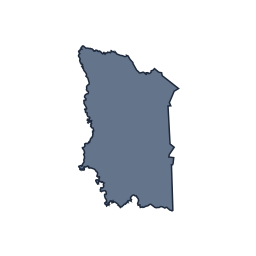 Municipality A, Montevideo, Uruguay, rotated 53°
{"feature_id": "84410073B77317438071438", "entity_name": "Municipality A", "entity_type": "district", "adm_level": 2, "iso_a3": "URY", "parent_name": "Uruguay", "parent_adm1": "Montevideo", "projection": "albers", "projection_center": [-56.335, -34.842], "detail": "fine", "context": "isolated", "style": "filled", "palette": "slate", "viewbox_px": 256, "rotation_deg": 53, "n_neighbors": 0, "source": "geoboundaries", "source_scale": "gbopen_adm2", "svg_char_len": 5853}
<svg xmlns="http://www.w3.org/2000/svg" viewBox="0 0 256 256"><g transform="rotate(53 128 128)"><path d="M104.1,67.9L102.1,69.8L96.5,71.1L96.9,73.6L96.4,74.6L96.3,75.2L97.4,76.1L97.4,78.1L97.1,78.6L96.3,78.6L95.5,79.2L94.9,80.2L96.0,80.5L96.1,80.8L95.8,81.0L95.9,81.3L93.1,81.9L92.4,82.4L92.2,83.6L91.8,83.9L91.3,85.3L90.7,85.8L89.8,85.7L87.0,86.3L79.8,85.3L78.6,84.7L74.4,85.1L70.5,84.6L69.2,85.4L69.7,85.6L69.2,87.5L66.5,89.2L65.4,90.4L62.3,92.3L59.8,92.4L60.2,92.7L58.6,93.6L58.0,93.7L57.4,94.8L56.3,94.8L56.1,94.9L56.3,95.2L57.0,95.7L57.2,96.9L56.3,97.3L56.1,98.0L55.2,98.5L55.4,99.6L55.0,100.2L55.0,100.8L54.7,100.9L54.9,101.3L54.6,101.2L54.0,101.6L54.2,102.0L52.6,101.6L53.6,102.4L53.5,102.6L53.6,102.8L53.6,103.2L53.3,103.3L53.4,103.6L52.3,103.9L50.9,103.9L50.8,104.1L49.7,104.2L49.3,104.6L49.4,105.2L49.2,105.5L48.8,105.5L48.6,105.9L48.2,105.7L47.7,105.8L47.1,106.3L47.6,106.5L46.9,106.5L46.5,106.7L46.8,107.5L46.4,107.8L46.5,108.2L46.1,108.4L46.1,108.8L45.7,109.1L44.3,108.8L43.1,109.2L42.5,109.9L41.6,110.3L41.4,110.9L39.9,112.2L38.9,113.6L35.9,114.2L35.3,114.6L35.2,114.9L35.6,115.0L35.4,116.5L35.8,117.3L37.1,117.5L36.5,118.1L36.4,118.5L36.9,118.9L36.8,119.5L37.3,119.9L37.3,120.4L36.9,120.7L37.1,121.3L38.8,121.8L39.7,121.8L39.7,122.7L40.6,124.2L43.5,124.5L44.3,124.8L44.5,125.5L44.9,125.6L45.0,125.9L45.5,126.2L47.4,126.7L48.6,126.2L49.3,126.4L49.2,126.6L50.1,126.2L50.8,127.0L51.6,127.1L51.3,127.5L51.7,127.5L51.6,127.8L52.2,127.6L52.5,127.9L53.1,127.8L53.2,128.1L54.0,128.0L54.9,128.5L56.5,128.6L57.3,128.4L58.0,128.6L59.7,128.6L60.9,129.3L61.3,130.4L63.8,130.0L68.4,131.7L69.6,132.8L69.5,134.6L69.8,135.7L70.3,136.5L71.3,136.9L72.4,138.2L73.0,138.1L73.7,138.4L74.9,137.8L76.1,138.5L76.5,139.2L75.9,140.5L76.0,140.9L75.8,141.5L75.9,142.3L76.2,142.5L76.4,143.5L77.4,144.2L79.3,144.0L80.3,144.8L80.2,145.6L79.4,146.2L79.5,146.7L80.6,147.5L81.3,147.7L82.0,148.4L85.2,148.7L87.5,149.2L87.9,149.8L87.8,150.2L87.3,150.5L86.9,151.0L87.2,151.5L88.4,151.3L88.9,151.7L89.3,152.2L89.9,152.4L90.5,152.3L90.8,151.7L91.6,151.5L92.4,152.6L94.3,153.1L95.4,152.9L96.2,152.2L96.8,152.3L97.8,153.7L97.4,153.8L96.8,154.5L96.7,155.0L96.9,155.0L96.8,155.3L97.3,155.8L97.8,155.1L98.3,155.0L99.5,157.0L99.8,156.8L99.4,156.6L98.4,155.0L99.0,154.7L99.2,155.3L99.4,155.3L99.2,154.4L99.5,154.3L99.7,155.2L100.0,155.2L99.6,153.7L100.2,152.6L100.4,152.7L100.8,153.6L101.3,154.0L101.0,154.2L101.7,154.5L102.5,154.4L103.0,155.9L103.8,155.9L104.5,156.4L104.1,156.5L104.2,156.8L105.2,156.7L105.8,156.9L107.0,156.0L109.4,156.9L109.6,157.2L109.2,158.2L109.7,158.5L110.0,158.1L110.2,158.9L111.7,159.4L111.8,159.9L113.3,161.2L113.6,161.9L113.6,162.3L113.8,162.5L113.6,162.8L114.0,163.2L113.9,163.4L114.3,164.8L115.3,165.8L115.4,166.8L116.2,167.1L116.2,168.1L115.7,168.1L116.2,169.6L115.1,170.6L114.8,171.1L114.7,172.2L115.9,172.8L116.8,173.9L116.8,175.1L116.2,176.2L117.0,176.6L119.2,176.5L121.3,177.4L122.2,178.2L122.1,178.6L122.3,179.3L124.6,179.9L126.2,181.2L126.4,182.0L127.5,182.9L128.6,183.4L129.9,186.9L130.4,187.0L130.7,187.6L130.6,187.9L130.1,187.9L129.6,188.3L129.0,190.3L129.2,190.6L131.3,190.6L132.2,191.4L133.0,191.0L132.7,190.9L132.9,189.8L133.3,189.1L133.4,189.4L134.2,189.5L134.5,189.4L135.1,188.2L134.6,187.5L132.7,186.8L132.8,186.1L133.8,185.2L133.6,184.7L134.2,183.7L134.2,183.0L135.4,182.8L135.6,183.0L135.7,182.9L136.0,183.4L137.0,182.7L137.2,182.1L137.8,181.4L140.6,179.6L142.4,179.3L143.5,179.6L144.7,179.1L145.8,179.4L146.5,180.3L147.4,180.9L147.4,181.5L147.7,181.9L149.1,181.5L149.2,180.8L149.6,180.2L150.2,180.3L150.4,180.9L150.9,181.2L150.9,181.7L151.7,182.1L152.1,182.6L152.0,183.1L151.0,183.6L151.0,183.9L150.5,184.2L150.3,185.1L150.7,185.5L152.8,185.9L153.9,185.8L154.5,186.0L154.7,185.7L154.1,185.2L154.4,185.0L154.1,184.9L153.3,183.9L153.6,183.3L153.3,182.6L155.0,182.0L155.4,181.8L155.2,181.0L155.6,180.7L156.4,180.8L157.0,180.5L156.9,180.7L157.9,180.9L158.2,181.6L158.6,182.0L159.4,182.0L160.3,182.9L160.6,184.2L159.5,185.5L158.9,185.1L159.8,185.9L160.4,187.1L161.1,187.3L161.6,188.0L162.9,187.5L162.9,186.4L164.1,184.3L164.6,183.9L165.8,184.0L167.2,184.6L167.7,185.2L167.8,185.6L167.2,185.8L167.0,186.2L167.1,186.8L168.2,187.6L170.3,188.4L172.1,188.4L173.1,188.8L173.8,189.5L174.2,189.5L174.4,190.3L173.8,190.6L173.9,191.8L175.3,192.1L176.4,191.6L177.4,192.0L177.4,191.8L176.5,191.5L176.5,191.3L176.9,191.4L177.1,190.9L177.9,190.7L177.3,190.8L177.2,190.3L177.5,190.1L176.9,190.1L176.8,189.5L177.2,189.5L177.4,189.1L176.4,189.4L176.2,188.9L176.9,188.9L176.4,188.8L176.7,188.4L176.0,187.3L176.0,186.2L175.6,186.0L175.9,185.4L177.4,185.3L177.2,185.0L177.7,185.5L177.7,185.3L178.0,185.2L177.8,185.0L178.3,185.1L178.4,184.8L178.2,184.8L178.3,184.5L178.1,184.5L178.4,184.3L178.0,183.9L178.6,184.0L179.0,183.2L179.8,182.7L182.8,181.9L183.4,182.1L184.6,181.8L184.4,182.2L186.3,181.6L186.6,182.0L186.8,182.0L186.7,181.6L187.2,180.2L186.9,179.3L187.0,178.0L186.6,177.3L186.8,176.2L187.3,175.8L187.1,175.2L186.8,174.9L186.7,173.8L186.9,173.8L186.6,173.2L186.7,172.9L187.1,172.7L186.6,172.6L186.3,172.1L186.5,172.1L186.6,170.6L187.0,170.4L186.8,170.3L187.2,169.5L187.7,169.4L187.4,169.3L187.6,168.9L187.3,168.3L185.8,168.4L185.2,168.0L185.1,167.4L184.8,167.2L184.5,164.9L184.8,164.0L185.2,163.5L186.5,163.2L187.3,162.2L188.0,162.3L188.2,162.5L190.6,162.4L192.3,163.1L192.4,163.5L193.0,164.0L194.0,165.7L195.8,166.4L196.5,164.8L198.1,165.8L198.4,165.6L198.9,165.9L199.8,163.9L200.4,163.9L201.1,162.2L201.0,161.4L202.1,158.9L202.1,156.5L202.8,155.6L207.6,154.3L208.8,153.3L209.3,152.2L210.2,151.1L210.5,149.0L211.8,147.9L214.2,146.7L214.2,145.7L214.7,144.8L218.9,143.9L219.8,143.1L220.7,142.7L220.8,141.8L219.6,140.9L183.5,115.4L184.2,114.5L183.4,113.3L179.2,109.3L175.7,112.9L174.0,110.9L171.2,102.7L166.0,104.0L134.5,82.8L136.0,80.5L132.6,79.7L126.4,69.0L126.9,63.9L106.8,69.2L104.1,67.9Z" fill="#64748b" stroke="#1e293b" stroke-width="1.5"/></g></svg>